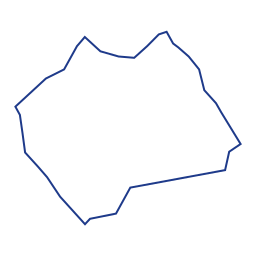 Gwacheon-si, Gyeonggi, South Korea
{"feature_id": "91817680B14096955932506", "entity_name": "Gwacheon-si", "entity_type": "district", "adm_level": 2, "iso_a3": "KOR", "parent_name": "South Korea", "parent_adm1": "Gyeonggi", "projection": "albers", "projection_center": [127.005, 37.42], "detail": "fine", "context": "isolated", "style": "outline", "palette": "blue", "viewbox_px": 256, "rotation_deg": 0, "n_neighbors": 0, "source": "geoboundaries", "source_scale": "gbopen_adm2", "svg_char_len": 502}
<svg xmlns="http://www.w3.org/2000/svg" viewBox="0 0 256 256"><path d="M77.0,46.1L64.1,69.4L45.9,78.5L16.2,105.9L15.4,106.7L19.9,114.9L22.5,133.1L25.1,152.5L38.1,166.8L47.1,177.2L60.1,196.7L85.0,224.2L90.0,218.8L116.0,213.6L130.3,187.6L225.1,170.1L229.2,151.7L240.6,144.0L221.2,112.3L216.0,103.2L204.3,90.2L199.1,69.4L188.7,56.5L178.3,47.4L173.1,43.5L166.6,31.8L158.8,34.4L147.2,46.1L134.2,57.8L118.6,56.5L100.4,51.3L84.8,37.0L78.5,44.4L77.0,46.1Z" fill="none" stroke="#1e3a8a" stroke-width="2"/></svg>